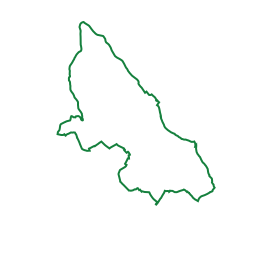 Buza, Cluj, Romania, rotated 222°
{"feature_id": "2599482B62988480086143", "entity_name": "Buza", "entity_type": "district", "adm_level": 2, "iso_a3": "ROU", "parent_name": "Romania", "parent_adm1": "Cluj", "projection": "natural_earth1", "projection_center": [24.153, 46.91], "detail": "fine", "context": "isolated", "style": "outline", "palette": "green", "viewbox_px": 256, "rotation_deg": 222, "n_neighbors": 0, "source": "geoboundaries", "source_scale": "gbopen_adm2", "svg_char_len": 5745}
<svg xmlns="http://www.w3.org/2000/svg" viewBox="0 0 256 256"><g transform="rotate(222 128 128)"><path d="M208.0,179.7L208.6,179.4L213.0,176.8L214.2,176.5L215.8,176.4L216.3,176.5L218.6,176.6L221.4,177.1L223.6,177.6L225.3,177.9L226.3,177.8L227.3,177.6L228.4,177.4L230.8,177.0L231.6,177.1L232.1,176.9L232.7,175.8L233.0,174.7L233.0,173.6L232.9,173.1L231.6,170.6L229.8,169.5L228.7,168.9L228.1,168.4L226.3,166.1L224.3,164.1L219.3,158.7L218.6,158.0L217.9,157.6L216.3,156.3L215.5,155.6L215.0,154.9L214.8,154.5L214.6,153.9L214.6,153.5L214.7,153.2L215.1,152.2L215.4,151.3L215.4,148.4L215.2,147.2L214.7,145.3L214.6,144.3L214.1,143.1L213.7,141.0L213.4,139.9L213.2,138.9L213.1,138.2L212.8,135.8L212.6,135.1L212.4,134.7L212.2,134.3L211.2,132.9L210.9,132.5L209.7,131.7L209.4,131.5L208.5,130.3L207.9,129.7L207.5,129.0L206.0,127.9L205.6,127.5L205.5,127.3L205.6,126.9L205.7,126.5L205.7,126.3L205.3,125.5L204.2,124.4L204.0,124.1L203.6,123.8L203.1,123.8L202.2,123.5L201.4,122.9L200.5,122.0L200.0,121.5L198.9,120.7L198.3,119.9L196.8,118.3L196.3,117.9L195.9,117.7L195.2,117.4L193.6,117.0L191.8,116.7L190.0,116.0L188.1,114.9L185.5,114.6L182.9,114.0L182.0,113.3L180.7,111.8L178.1,109.4L177.7,109.2L175.6,108.7L174.0,108.4L172.4,107.9L171.8,107.7L171.1,107.0L170.1,106.3L169.7,105.9L169.5,105.5L169.2,105.1L168.0,104.6L167.0,103.9L166.8,103.7L166.8,103.4L166.9,103.2L167.5,102.9L168.1,102.9L168.4,102.9L170.1,103.8L171.1,104.0L171.6,104.0L172.9,103.6L173.7,102.8L174.5,101.7L174.2,100.7L175.4,99.8L175.7,99.5L177.1,99.4L178.0,98.9L177.7,97.8L176.9,96.6L176.3,95.5L176.1,94.9L178.3,91.6L178.5,90.7L178.9,90.1L179.5,88.5L180.4,86.2L180.4,85.5L180.2,84.7L178.2,81.7L177.6,80.6L177.5,80.2L177.5,79.3L177.4,78.1L176.2,76.3L172.8,78.2L171.6,79.3L171.3,79.9L171.2,80.0L171.3,80.3L171.1,80.8L169.3,80.5L169.2,80.8L169.3,81.7L169.1,82.4L168.8,83.2L168.4,83.8L167.7,85.8L167.4,86.5L166.2,87.4L165.5,88.3L164.4,89.1L162.8,88.5L162.5,88.6L162.0,88.4L161.0,87.8L159.2,86.8L159.2,86.6L158.6,86.5L156.6,85.7L153.6,84.3L153.0,83.9L152.1,83.5L148.7,81.9L148.0,81.7L146.8,82.0L145.6,82.4L144.1,83.2L143.4,83.5L142.8,84.0L141.3,85.5L143.2,86.6L142.6,87.9L141.7,90.4L141.1,91.9L140.6,92.7L140.4,92.6L140.0,94.6L139.7,95.6L139.3,97.9L138.7,100.1L133.9,99.9L132.2,100.0L128.1,100.4L128.0,101.3L127.7,102.4L126.0,107.4L125.7,108.4L124.1,108.3L123.0,108.5L117.5,110.1L117.2,110.1L117.1,109.6L116.0,109.5L115.7,109.6L115.6,109.4L115.6,109.0L115.6,108.9L115.0,108.9L113.4,108.7L112.4,108.7L112.1,110.3L111.2,110.3L110.1,109.9L109.2,109.7L108.7,109.4L108.9,109.0L109.2,108.1L108.8,107.7L107.5,106.7L106.8,106.0L107.8,105.2L107.5,104.5L106.6,101.2L106.2,99.4L105.6,99.3L104.4,99.6L104.0,98.3L104.1,97.1L105.8,91.6L105.7,91.0L104.6,88.0L104.1,87.3L98.7,83.7L98.4,83.4L97.9,82.9L97.5,83.0L94.7,82.7L93.3,82.7L85.8,82.2L85.6,82.1L85.3,82.3L84.9,82.7L83.9,83.3L82.7,84.9L82.3,85.9L82.2,86.3L82.1,86.7L81.1,87.6L81.0,87.8L81.0,88.8L80.5,89.8L78.1,89.3L77.7,90.2L77.3,90.1L75.4,89.8L75.4,90.0L75.3,90.3L72.8,91.6L69.3,94.4L69.0,94.4L67.5,93.7L66.3,93.3L64.4,92.8L62.4,92.4L60.9,92.3L58.5,92.4L57.9,92.4L57.1,92.6L56.6,91.9L56.4,91.4L56.4,90.9L56.4,90.6L56.3,90.0L55.8,90.0L55.8,91.8L56.2,94.5L56.6,96.5L56.7,97.3L56.6,98.1L57.1,100.1L57.5,102.0L57.8,103.9L58.3,105.2L58.6,106.0L58.4,106.1L57.7,106.4L56.5,107.6L55.3,108.5L54.7,108.1L54.6,108.6L54.6,108.8L54.9,109.3L54.9,109.5L54.2,109.9L53.0,110.9L52.3,111.2L51.2,111.4L50.4,111.6L49.3,112.5L48.8,113.0L48.5,113.6L47.9,114.7L47.9,114.9L47.6,115.3L47.3,116.0L45.4,119.1L45.3,119.3L45.3,119.6L45.1,119.7L44.5,119.9L43.2,120.0L41.3,119.9L41.2,120.5L40.4,120.4L39.8,120.5L39.6,120.5L39.2,120.7L38.8,120.4L37.8,120.4L37.1,120.2L36.1,120.2L34.8,120.1L34.2,120.0L33.4,119.7L32.3,119.7L30.2,119.8L29.2,120.1L27.1,120.5L27.9,122.6L28.0,123.1L28.1,123.8L28.0,125.0L27.9,125.8L27.7,126.5L26.1,129.4L25.2,131.5L24.8,132.5L24.7,132.9L24.1,134.7L24.2,134.9L24.1,135.4L23.7,135.9L23.5,136.3L23.2,136.8L23.0,137.6L23.1,137.8L23.4,138.1L23.6,139.2L23.7,141.6L25.1,142.0L26.0,142.6L26.2,142.9L26.4,143.1L26.7,143.2L27.9,143.3L29.2,143.7L29.5,144.2L29.9,144.9L30.5,145.3L31.1,145.9L31.5,146.3L32.4,146.6L33.8,146.6L35.6,146.8L36.0,147.5L36.9,147.7L38.0,148.2L39.0,148.9L41.4,150.9L43.4,151.6L45.2,152.1L45.8,152.1L47.6,152.5L48.4,152.4L49.8,152.5L50.9,152.9L52.3,153.4L55.0,154.6L57.0,154.8L57.8,155.1L58.9,155.2L61.0,156.1L61.9,156.8L63.5,158.1L65.4,160.5L65.7,160.8L65.6,160.1L65.6,159.4L65.7,159.2L66.3,160.3L66.6,160.4L67.4,161.3L68.6,161.9L69.7,162.3L70.0,161.7L70.7,161.0L71.5,160.2L72.3,159.9L74.7,159.2L75.7,158.7L77.4,158.0L78.2,157.2L79.0,156.7L80.2,156.2L80.7,155.8L81.2,155.7L82.2,155.8L82.8,155.7L83.7,155.4L84.4,155.3L85.6,155.4L87.4,154.8L88.1,154.7L88.8,154.7L89.5,154.9L90.5,154.4L91.7,154.1L92.7,153.7L93.3,153.6L94.8,153.4L97.0,153.1L99.8,153.1L100.8,153.2L102.1,153.6L103.4,154.4L104.9,155.0L106.5,155.6L108.0,156.4L109.6,157.1L111.0,158.1L110.8,158.2L111.8,159.1L115.1,161.3L115.6,161.8L115.8,161.9L117.7,163.3L118.6,163.9L119.7,164.4L120.3,164.5L121.7,164.4L122.1,167.9L123.1,167.8L124.6,168.1L125.1,168.1L125.2,167.3L125.6,167.4L125.6,167.7L125.8,167.9L127.3,168.5L128.3,168.7L128.8,168.8L130.8,168.7L132.9,168.8L133.0,168.4L133.3,167.7L133.8,167.2L134.5,166.7L138.6,167.4L138.9,165.6L144.8,167.1L146.8,167.2L148.4,167.5L149.3,167.7L149.9,168.0L150.1,168.2L150.5,168.9L151.2,169.5L151.8,169.8L152.3,169.9L153.5,170.1L153.9,170.1L158.5,169.7L160.2,169.6L162.6,169.9L163.7,170.0L165.0,170.3L165.9,170.4L168.1,171.3L169.6,171.5L170.8,171.9L173.5,173.0L175.9,173.8L176.9,174.1L178.1,174.1L180.4,173.7L183.1,173.0L185.2,172.8L185.8,172.8L187.1,173.2L192.1,174.8L194.7,176.2L197.7,177.1L198.8,177.2L201.3,177.0L201.8,177.1L202.5,177.4L203.0,177.7L204.5,178.9L206.0,179.3L207.7,179.7L208.0,179.7Z" fill="none" stroke="#15803d" stroke-width="2"/></g></svg>